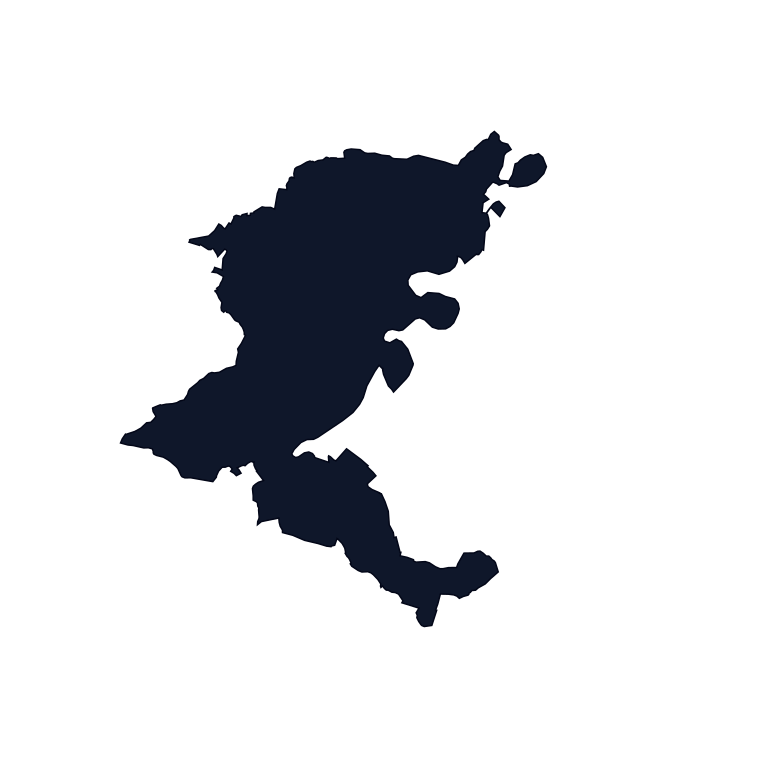 outline of Ocna Mures, Alba, Romania, rotated 148°
{"feature_id": "2599482B18831456175320", "entity_name": "Ocna Mures", "entity_type": "district", "adm_level": 2, "iso_a3": "ROU", "parent_name": "Romania", "parent_adm1": "Alba", "projection": "equal_earth", "projection_center": [23.85, 46.393], "detail": "fine", "context": "isolated", "style": "filled", "palette": "ink", "viewbox_px": 768, "rotation_deg": 148, "n_neighbors": 0, "source": "geoboundaries", "source_scale": "gbopen_adm2", "svg_char_len": 6171}
<svg xmlns="http://www.w3.org/2000/svg" viewBox="0 0 768 768"><g transform="rotate(148 384 384)"><path d="M393.5,598.8L403.1,598.9L403.7,598.0L406.8,599.5L408.0,597.9L411.0,599.4L409.8,601.2L414.6,602.7L416.4,601.8L419.8,605.3L420.6,605.5L422.6,605.5L423.4,604.3L429.0,600.8L430.1,602.7L436.5,599.8L437.4,601.2L438.0,604.7L439.3,607.2L446.4,603.8L454.3,602.4L471.5,609.2L472.4,609.3L473.1,608.2L474.2,607.6L467.0,599.3L465.8,599.8L461.7,591.1L459.6,589.7L458.2,590.1L457.0,589.1L457.0,582.3L457.5,580.1L447.7,582.8L446.8,581.5L446.6,579.9L449.1,578.0L454.0,575.7L460.8,566.5L465.8,572.6L468.2,570.7L470.4,570.0L466.6,566.7L463.2,560.2L466.2,557.6L469.1,556.1L471.7,554.1L475.2,553.8L475.0,552.1L477.9,552.6L478.2,551.9L477.7,551.0L477.8,547.8L478.4,544.4L478.2,539.1L481.7,535.1L482.8,532.4L481.9,529.8L480.2,530.3L479.4,529.8L479.4,528.2L477.7,526.4L477.1,524.0L476.7,517.5L476.3,516.3L474.1,513.1L474.4,510.8L474.0,507.4L474.3,505.1L475.0,502.2L476.3,499.9L475.6,498.7L483.4,494.0L489.5,491.3L490.7,488.0L497.2,481.6L499.6,478.2L503.2,478.7L509.3,480.8L517.4,481.2L522.0,483.3L523.9,485.0L527.0,485.7L534.0,484.3L538.2,484.7L541.4,483.8L551.6,482.6L553.7,481.4L556.1,479.2L562.1,476.4L565.8,477.7L569.6,477.9L573.9,479.4L579.4,482.3L584.0,484.0L584.8,484.9L592.6,486.3L593.1,486.1L594.4,482.9L594.5,477.3L598.2,476.0L602.1,475.1L605.9,476.9L613.7,475.4L620.5,475.8L629.5,478.0L629.8,478.5L635.0,476.2L638.7,473.6L633.5,468.0L629.4,464.8L621.6,457.1L617.6,454.8L614.8,451.7L615.5,448.9L616.2,447.9L616.3,446.4L614.7,443.9L609.9,438.9L607.6,434.6L606.3,431.6L604.1,424.4L603.6,421.6L604.6,413.9L604.4,412.3L602.6,409.9L597.6,406.9L580.9,391.9L575.6,393.8L574.6,395.0L570.4,397.8L565.4,399.2L562.7,397.6L559.7,397.0L558.4,396.0L557.8,392.8L558.0,392.3L560.3,391.2L558.5,387.7L557.8,384.5L552.5,384.1L552.5,388.3L553.0,390.7L547.8,390.1L546.2,389.5L545.1,388.3L541.7,389.0L538.4,388.9L536.6,387.9L536.5,386.7L535.6,386.6L537.2,384.2L537.9,380.0L537.4,377.9L538.4,377.8L537.3,365.9L542.5,367.2L546.1,367.1L549.0,366.6L551.0,365.0L554.2,358.5L556.5,354.8L554.6,351.8L554.3,350.2L555.5,347.9L555.9,346.7L555.7,345.5L557.2,343.5L560.4,337.3L561.5,336.0L564.0,334.3L565.9,331.7L560.9,332.3L544.2,326.1L546.2,322.2L547.4,318.4L547.5,314.0L548.8,311.8L541.5,304.0L534.2,293.5L524.5,283.7L518.6,276.9L515.1,274.1L514.6,274.5L511.3,273.4L505.9,277.7L505.9,277.1L505.3,277.1L504.0,271.1L504.1,267.5L504.3,265.4L505.9,261.3L506.6,261.1L506.7,257.4L506.2,255.5L506.2,253.6L506.7,249.7L507.9,249.4L507.9,246.5L504.7,239.5L502.4,236.3L497.2,233.4L495.1,230.7L494.1,227.9L492.8,221.6L492.7,216.1L494.1,214.4L494.4,213.1L492.3,213.5L492.0,210.4L491.3,208.0L489.7,206.9L487.7,203.3L485.0,201.2L483.0,198.1L482.8,190.1L484.8,189.0L473.1,175.4L478.0,172.9L478.3,170.3L480.0,168.4L480.4,164.2L480.2,160.3L479.9,159.1L478.4,157.0L471.4,153.9L459.2,164.2L460.0,165.0L455.0,168.9L447.5,176.0L440.9,171.7L436.6,168.2L434.6,165.5L433.7,162.3L429.3,161.8L424.6,160.4L423.3,160.8L422.8,161.6L421.2,161.5L419.0,162.3L415.6,160.6L412.0,161.2L404.1,160.8L396.7,162.5L386.7,164.1L384.2,173.5L384.3,175.4L385.5,178.0L385.6,179.9L386.3,182.5L388.5,183.9L389.5,187.8L391.1,191.4L393.2,192.5L397.2,193.0L405.8,198.2L416.7,192.3L419.7,189.9L426.6,194.1L431.8,196.1L434.4,197.7L437.2,201.7L440.2,208.2L443.1,211.5L451.3,216.0L452.7,218.1L452.1,219.4L456.3,224.8L461.4,229.8L458.9,232.3L459.6,232.7L454.8,247.9L456.9,248.4L454.8,253.2L454.2,261.8L447.8,273.8L445.5,283.7L444.4,292.3L445.8,293.6L445.3,293.9L450.1,300.9L451.9,305.2L451.8,306.1L450.9,308.2L439.5,310.4L440.1,314.9L442.1,322.8L440.8,323.1L443.6,332.3L450.1,348.9L465.5,344.3L466.8,346.1L468.0,350.7L469.0,352.4L469.7,351.8L472.3,346.8L481.8,358.4L481.2,359.6L481.5,362.9L483.8,366.2L488.0,367.8L495.1,367.5L497.9,368.5L499.3,371.2L499.3,373.6L494.9,376.1L485.5,378.4L478.8,377.7L473.0,374.4L468.3,373.9L438.5,374.9L425.4,376.3L415.5,379.7L408.9,383.4L399.5,391.5L385.2,399.5L378.3,402.5L377.2,397.8L376.9,397.7L377.7,396.7L379.3,392.4L381.3,380.0L380.3,375.6L380.2,372.1L362.4,376.7L358.4,378.2L349.4,384.6L348.4,385.8L345.4,400.9L346.6,410.8L348.4,412.8L349.7,415.5L357.2,415.8L360.8,420.1L360.3,423.4L356.8,426.4L352.5,427.5L347.9,426.0L343.1,421.3L339.4,419.9L323.0,422.6L318.7,421.3L315.5,416.8L312.9,406.6L308.9,401.9L302.5,398.1L297.5,397.8L292.4,399.0L283.8,404.6L280.4,407.8L278.4,413.2L279.0,418.7L285.6,425.7L289.3,431.6L298.4,438.3L306.8,437.6L310.1,442.4L311.2,454.9L308.7,459.5L303.4,462.4L296.0,461.2L287.3,457.0L279.3,447.9L268.6,445.0L261.9,446.0L257.5,448.7L254.4,452.5L254.2,453.4L253.1,452.6L251.8,450.4L251.4,447.7L251.5,443.4L236.8,445.2L236.6,444.5L235.1,443.6L231.7,444.8L229.8,446.1L228.7,444.7L217.5,459.6L214.3,460.4L210.7,462.2L207.6,469.0L206.5,472.7L206.6,474.3L205.8,474.8L199.8,477.3L197.0,464.5L188.0,469.4L189.7,478.1L192.5,478.9L195.8,478.8L202.0,476.7L206.8,474.7L210.1,477.4L203.9,485.2L197.2,485.2L199.1,492.2L195.9,493.1L193.8,495.0L185.2,497.5L184.4,497.3L181.7,493.5L181.4,492.1L180.9,491.6L173.5,489.9L171.8,487.3L172.7,485.2L171.3,484.5L166.3,480.3L157.3,476.2L147.7,475.0L137.0,477.8L131.1,482.2L129.3,492.1L131.0,497.5L136.1,498.7L138.5,500.9L144.3,501.9L149.6,501.6L153.2,500.6L156.1,501.2L164.0,493.4L170.5,489.9L177.6,495.1L177.6,499.4L173.1,503.1L168.0,506.0L160.9,514.3L157.8,515.5L151.9,515.5L152.0,521.8L155.6,525.7L156.5,527.2L157.0,530.2L155.2,533.1L155.0,534.3L156.6,539.7L161.1,539.2L166.0,536.1L167.5,537.1L170.9,537.8L182.0,535.9L184.0,534.4L187.5,535.3L191.2,534.7L194.8,533.2L199.6,533.1L205.1,530.0L209.1,532.8L214.6,539.7L233.6,559.6L238.2,561.5L245.4,562.4L255.8,569.6L257.2,571.0L258.5,574.5L264.6,579.2L269.5,584.6L275.7,588.2L277.9,590.3L280.1,595.4L287.3,600.7L291.5,602.4L293.8,602.6L295.2,601.8L297.7,596.3L304.1,599.8L304.7,601.0L309.3,604.0L310.3,603.9L312.4,606.6L313.1,606.9L317.0,606.4L321.4,608.4L325.6,609.0L326.4,610.5L327.9,611.2L328.6,612.3L332.1,613.1L338.9,613.3L343.5,614.1L345.6,613.7L348.9,610.3L350.9,606.4L351.7,607.2L352.6,607.4L352.4,608.3L354.1,608.8L355.2,608.5L357.0,606.5L360.2,605.2L361.8,603.8L362.0,602.6L363.4,600.3L369.5,605.1L373.5,602.1L384.1,590.2L386.5,593.8L391.3,596.8L393.5,598.8Z" fill="#0f172a" stroke="#020617" stroke-width="1.5"/></g></svg>